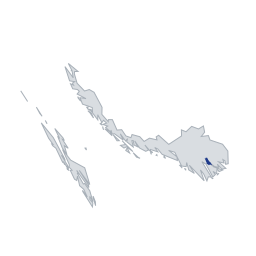 location of Ulvik nor, Hordaland, Norway, rotated 239°
{"feature_id": "86288312B21987069747825", "entity_name": "Ulvik nor", "entity_type": "district", "adm_level": 2, "iso_a3": "NOR", "parent_name": "Norway", "parent_adm1": "Hordaland", "projection": "equal_earth", "projection_center": [6.947, 60.609], "detail": "fine", "context": "in_parent", "style": "filled", "palette": "blue", "viewbox_px": 256, "rotation_deg": 239, "n_neighbors": 0, "source": "geoboundaries", "source_scale": "gbopen_adm2", "svg_char_len": 4585}
<svg xmlns="http://www.w3.org/2000/svg" viewBox="0 0 256 256"><g transform="rotate(239 128 128)"><path d="M153.1,112.6L143.6,114.3L145.3,115.5L143.2,118.9L131.9,117.5L129.8,121.7L122.3,122.1L118.2,125.5L120.3,128.1L114.5,133.6L108.2,134.9L108.2,141.2L102.9,146.7L105.9,147.6L106.0,150.5L93.0,154.5L93.6,169.8L98.9,172.8L94.9,175.8L96.6,183.4L90.9,187.9L90.9,193.7L84.9,191.5L83.0,186.4L80.1,193.0L75.5,192.1L65.4,200.7L56.8,201.7L45.8,195.5L46.6,193.0L50.1,194.2L52.1,193.1L48.6,192.2L52.4,188.2L43.0,191.1L44.4,187.4L51.0,185.9L47.5,185.5L50.5,182.3L56.7,180.0L50.6,181.4L43.2,187.5L43.7,183.6L47.2,183.3L43.2,180.5L47.0,178.5L43.1,178.9L42.4,175.5L57.0,176.2L61.1,174.0L43.1,174.2L44.8,171.7L42.0,168.4L49.7,169.2L54.8,168.5L43.5,166.1L64.5,161.4L54.9,161.5L60.8,158.5L68.2,160.5L64.9,158.0L67.8,154.4L83.1,155.6L87.9,151.3L78.2,155.1L74.7,153.6L87.8,143.7L94.7,142.7L97.5,140.9L92.1,141.4L98.0,136.2L96.2,135.2L104.7,133.7L98.5,134.2L98.9,131.2L104.7,127.7L113.5,127.1L106.9,126.6L110.3,124.4L114.6,126.0L115.2,124.8L109.0,122.7L116.9,119.8L119.1,122.2L118.1,119.2L127.0,118.4L120.0,117.7L130.1,113.4L130.9,111.3L135.0,112.4L133.2,111.2L140.0,109.1L140.1,111.6L144.1,108.2L143.2,112.2L147.2,111.0L146.1,108.4L155.0,108.9L150.5,106.3L159.1,105.4L163.9,107.9L171.9,101.3L178.7,102.5L174.8,107.1L183.3,101.9L184.5,105.1L187.0,104.5L190.1,100.8L195.5,101.5L192.7,103.4L195.1,103.5L195.2,106.2L198.5,102.2L213.1,105.6L199.2,106.9L205.8,109.5L214.1,110.1L202.2,114.3L203.9,111.3L202.3,110.0L192.6,107.4L182.1,109.8L180.9,114.6L176.1,117.3L159.1,116.4L153.1,112.6ZM111.7,55.8L121.3,56.7L120.6,58.3L124.8,57.4L126.7,58.8L143.3,60.8L130.0,62.3L116.2,70.4L99.2,66.1L116.8,64.4L99.7,64.9L97.1,63.8L118.1,62.2L113.7,61.8L115.6,61.2L103.0,60.9L102.8,62.2L93.9,62.9L82.9,60.0L89.1,60.0L86.5,58.6L81.9,59.3L78.7,56.9L96.6,56.5L98.0,56.8L89.9,57.6L98.3,58.5L103.4,56.8L112.8,59.9L109.4,57.0L111.7,55.8ZM132.3,54.3L147.8,55.8L151.7,54.3L153.6,54.4L152.6,55.3L160.1,54.7L177.1,56.3L158.3,59.0L135.2,57.9L132.4,57.5L139.0,56.9L126.7,56.9L123.8,56.2L127.3,55.8L121.7,55.4L130.2,55.5L129.1,54.8L132.5,55.1L132.3,54.3ZM144.7,61.4L156.2,63.3L154.3,64.0L165.3,65.0L153.0,67.2L150.7,67.0L152.1,65.9L141.4,66.3L145.5,64.3L136.5,61.9L144.7,61.4ZM115.0,117.5L120.1,116.4L105.2,120.1L112.7,117.1L112.9,114.2L117.0,112.6L115.0,117.5ZM122.7,112.0L129.8,111.8L121.6,114.0L122.7,112.0ZM129.5,110.4L139.3,107.7L134.3,110.6L129.5,110.4ZM78.1,60.2L85.8,62.1L87.6,63.0L81.5,62.0L78.1,60.2ZM109.9,114.5L111.4,117.1L105.7,116.5L109.9,114.5ZM163.5,102.5L159.8,104.3L154.3,103.6L160.5,103.2L163.5,102.5ZM164.4,103.8L163.0,105.9L160.6,105.3L164.4,103.8ZM98.8,120.3L104.2,119.7L98.4,121.4L98.8,120.3ZM214.7,55.2L202.4,55.6L215.1,55.2L214.7,55.2ZM185.9,59.9L193.1,60.2L182.3,60.4L185.9,59.9ZM175.4,101.2L179.4,100.7L180.8,101.1L175.4,101.2ZM167.0,103.3L166.4,104.4L165.1,103.4L167.0,103.3ZM146.0,106.3L146.1,107.4L144.4,107.0L146.0,106.3ZM132.9,80.8L132.5,81.7L130.5,81.0L132.9,80.8ZM177.1,61.0L173.8,60.9L173.4,60.7L177.1,61.0ZM84.5,143.7L85.7,144.7L82.6,144.5L84.5,143.7ZM139.0,106.1L141.1,106.5L142.4,107.1L139.0,106.1ZM123.8,54.7L125.2,55.1L123.0,54.9L123.8,54.7ZM69.2,153.6L65.7,153.8L69.4,153.1L69.2,153.6ZM64.3,155.5L63.0,156.4L62.4,155.9L64.3,155.5ZM97.6,121.7L95.8,122.7L97.7,121.1L97.6,121.7ZM42.6,181.0L42.2,182.6L41.9,180.5L42.6,181.0ZM94.8,135.4L94.0,134.5L95.1,134.6L94.8,135.4ZM206.5,108.4L206.3,109.3L206.1,109.2L206.5,108.4ZM95.8,136.2L93.9,136.4L96.2,136.0L95.8,136.2ZM90.2,138.1L90.4,139.0L89.4,138.7L90.2,138.1ZM41.8,174.1L40.9,175.1L41.1,174.3L41.8,174.1Z" fill="#d9dde1" stroke="#a8b0b8" stroke-width="1"/><path d="M56.6,178.0L56.4,178.2L56.3,178.4L56.2,178.4L56.1,178.5L55.6,178.6L55.7,178.8L55.6,179.0L55.4,179.1L55.5,179.2L55.5,179.3L55.4,179.3L55.5,179.3L55.5,179.5L55.4,179.5L55.4,179.9L55.3,180.0L55.2,180.0L54.9,180.2L55.0,180.2L55.3,180.2L55.3,180.3L55.3,180.2L55.5,180.2L55.8,180.1L56.0,180.1L56.1,179.9L56.1,179.7L56.2,179.4L56.3,179.4L56.3,179.5L56.2,179.5L56.2,179.8L56.3,179.8L56.3,179.7L56.5,179.6L56.7,179.4L56.8,179.4L57.0,179.3L56.9,179.3L57.0,179.3L56.9,179.4L56.8,179.5L56.7,179.5L56.5,179.8L56.4,179.8L56.3,180.0L56.2,180.0L56.3,180.1L56.5,180.0L56.6,179.9L56.8,179.9L57.3,179.8L57.9,179.7L58.3,179.7L58.3,179.4L58.5,179.3L58.8,179.3L59.9,179.6L60.0,179.7L61.1,179.7L61.9,179.8L62.0,179.9L61.6,179.7L61.4,179.5L61.3,179.4L61.2,179.2L61.3,179.0L61.3,178.9L60.7,178.7L59.9,178.7L60.1,178.6L59.2,178.5L59.0,178.4L58.6,178.4L58.4,178.3L58.1,178.3L57.9,178.4L57.7,178.4L57.4,178.3L56.9,178.3L56.9,178.2L56.7,178.2L56.6,178.0Z" fill="#3b82f6" stroke="#1e3a8a" stroke-width="1.5"/></g></svg>